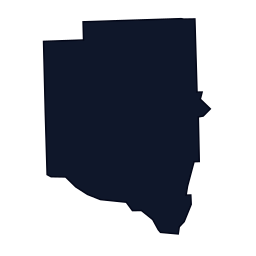 outline of Haywood, Tennessee, United States of America, rotated 177°
{"feature_id": "52423323B54587170177345", "entity_name": "Haywood", "entity_type": "district", "adm_level": 2, "iso_a3": "USA", "parent_name": "United States of America", "parent_adm1": "Tennessee", "projection": "equal_earth", "projection_center": [-89.334, 35.61], "detail": "fine", "context": "isolated", "style": "filled", "palette": "ink", "viewbox_px": 256, "rotation_deg": 177, "n_neighbors": 0, "source": "geoboundaries", "source_scale": "gbopen_adm2", "svg_char_len": 551}
<svg xmlns="http://www.w3.org/2000/svg" viewBox="0 0 256 256"><g transform="rotate(177 128 128)"><path d="M101.0,22.1L83.4,19.6L82.0,26.6L76.8,31.6L68.9,48.4L68.8,57.8L73.5,57.9L71.6,66.8L63.8,90.9L58.6,90.8L57.2,135.4L52.3,136.0L44.8,142.8L54.3,153.0L52.1,160.0L57.2,160.2L55.5,233.4L66.5,233.8L69.2,234.4L167.3,236.4L167.8,218.2L207.8,218.9L209.8,147.1L211.2,85.7L207.4,83.4L192.9,82.4L183.2,71.9L171.9,63.8L159.3,58.0L133.6,54.0L127.9,45.3L118.9,44.9L108.1,35.3L103.1,24.9L101.0,22.1Z" fill="#0f172a" stroke="#020617" stroke-width="1.5"/></g></svg>